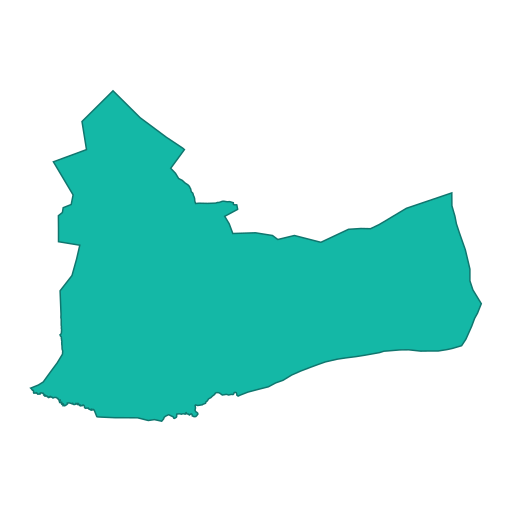 Ise/Orun, Ekiti, Nigeria, rotated 270°
{"feature_id": "59680162B94034829608504", "entity_name": "Ise/Orun", "entity_type": "district", "adm_level": 2, "iso_a3": "NGA", "parent_name": "Nigeria", "parent_adm1": "Ekiti", "projection": "robinson", "projection_center": [5.354, 7.425], "detail": "fine", "context": "isolated", "style": "filled", "palette": "teal", "viewbox_px": 512, "rotation_deg": 270, "n_neighbors": 0, "source": "geoboundaries", "source_scale": "gbopen_adm2", "svg_char_len": 4910}
<svg xmlns="http://www.w3.org/2000/svg" viewBox="0 0 512 512"><g transform="rotate(270 256 256)"><path d="M208.3,481.3L222.1,472.9L231.2,469.9L239.0,469.9L242.9,469.9L249.3,468.4L262.3,465.3L274.8,460.9L279.1,459.4L288.2,456.4L295.9,454.9L300.3,453.6L306.3,451.9L316.7,451.8L319.1,451.8L303.7,406.4L287.4,379.1L283.3,370.5L283.5,360.9L282.7,348.5L269.7,320.9L276.5,294.4L272.5,277.8L276.5,272.5L279.2,255.5L278.5,232.8L288.2,229.2L295.7,224.7L302.4,237.2L302.6,237.6L303.2,237.6L304.9,237.2L305.6,237.1L306.6,236.9L307.2,236.7L307.1,236.1L307.2,235.4L307.2,234.3L307.5,233.5L309.3,233.3L309.7,231.9L310.1,230.7L310.4,229.4L310.2,227.4L310.8,223.8L310.7,222.2L310.0,220.4L309.5,218.9L309.6,218.1L309.5,217.4L308.9,215.7L308.6,207.6L308.8,199.0L308.5,195.6L309.0,195.5L310.7,194.8L313.5,194.6L315.4,194.0L316.8,193.3L317.8,193.2L319.1,192.6L320.1,191.4L321.4,191.0L323.0,190.7L324.4,189.9L325.6,189.4L327.2,187.9L328.9,185.2L331.6,182.3L333.5,178.6L338.7,175.5L343.7,170.7L362.4,184.4L363.8,182.8L374.7,166.4L394.3,140.1L421.2,113.0L390.5,82.0L362.4,86.5L350.2,53.4L317.1,73.1L307.5,71.2L304.3,63.2L299.5,62.4L296.3,58.4L283.7,58.5L270.3,58.5L266.8,79.8L253.0,76.6L236.5,72.0L221.2,60.1L197.7,61.0L194.3,60.9L192.8,61.2L186.8,61.2L185.2,61.5L183.9,61.3L182.6,61.6L179.1,61.4L177.1,60.5L177.1,60.1L176.7,60.2L176.1,60.4L175.5,61.0L175.2,61.3L174.2,61.4L173.7,61.3L172.9,61.6L172.1,61.5L171.0,61.8L170.2,61.9L169.3,61.7L168.5,61.8L167.5,61.8L166.3,62.0L163.0,62.1L161.0,62.7L160.4,62.7L159.8,62.6L157.9,62.5L156.7,61.8L154.4,60.4L150.3,57.9L149.1,57.2L147.1,55.7L143.6,53.1L140.9,51.1L136.5,47.9L130.0,43.2L127.0,38.4L124.0,31.0L123.9,30.7L123.2,31.4L122.2,32.1L121.7,32.5L121.6,33.3L120.8,33.5L119.9,33.7L119.3,33.8L119.3,33.7L118.8,33.9L118.9,34.5L119.1,35.5L118.8,36.0L119.3,36.5L118.8,37.1L117.9,37.6L117.9,39.4L118.5,39.8L118.1,40.3L118.4,40.6L119.2,40.8L119.2,41.6L118.8,42.4L118.8,43.1L117.9,43.4L117.6,44.1L117.2,44.8L116.6,45.1L116.4,44.3L115.8,45.0L115.9,45.7L116.2,46.3L116.1,46.8L115.8,46.8L115.4,47.1L115.1,48.3L114.6,48.2L114.4,48.6L114.8,49.6L115.2,49.2L115.5,49.8L115.6,50.5L115.5,50.8L114.8,51.2L114.8,51.9L114.5,52.7L114.1,52.7L114.0,53.1L114.3,53.7L114.6,54.7L114.5,56.3L113.7,57.3L113.5,58.0L112.8,58.1L112.4,58.6L111.6,59.1L112.1,60.1L111.7,60.3L111.1,59.8L110.4,59.4L110.0,60.0L109.5,59.8L109.4,60.6L109.2,60.9L109.7,61.6L109.2,61.7L108.8,61.8L108.3,61.5L107.7,61.8L107.8,62.2L108.4,62.5L108.2,63.2L107.8,63.4L107.3,63.7L107.0,63.3L106.7,63.0L106.4,62.9L106.4,63.5L106.6,63.7L106.5,64.0L106.2,64.1L106.2,64.8L106.5,65.3L107.2,66.5L108.1,67.5L108.9,67.3L109.0,67.9L109.1,69.2L108.5,71.3L108.3,71.8L108.1,72.1L108.2,72.4L108.6,72.4L108.7,72.7L108.4,72.9L107.8,73.1L107.6,73.4L107.5,74.0L107.5,74.7L107.7,75.4L108.0,75.5L108.3,75.7L108.6,75.8L108.6,76.2L108.4,76.5L108.1,76.3L107.9,76.8L108.3,77.0L108.3,77.6L108.1,77.9L107.7,77.7L107.4,77.8L107.4,78.2L107.8,78.4L108.2,78.4L107.9,78.7L107.4,78.8L107.3,79.2L106.8,79.4L106.9,79.9L107.0,80.3L106.8,80.4L106.6,80.0L106.4,80.0L106.2,80.1L106.1,80.5L106.5,80.9L106.4,81.8L106.2,82.0L106.5,82.3L106.9,82.7L107.0,83.3L106.3,84.1L105.5,84.4L105.0,84.5L104.6,84.5L104.1,84.9L103.7,85.6L103.9,86.3L103.8,87.4L103.9,88.4L103.2,88.8L102.8,89.0L102.4,90.2L102.7,91.2L102.1,90.9L101.8,91.1L102.0,91.9L102.1,93.0L102.5,93.4L102.0,94.1L100.4,94.8L95.4,96.8L95.1,97.8L95.0,99.2L94.8,103.4L94.3,114.8L94.3,121.2L94.2,137.6L91.5,148.3L92.4,154.4L90.8,161.7L92.0,162.7L93.2,163.7L94.4,164.0L95.1,164.6L96.1,166.1L96.8,167.6L97.3,168.8L96.3,170.7L95.2,173.1L94.2,173.6L93.8,173.8L93.6,174.4L93.9,175.0L94.2,175.5L94.8,176.4L95.7,176.7L96.3,176.7L96.6,176.7L96.8,176.6L97.9,176.8L98.0,177.5L98.1,178.4L98.2,179.4L98.0,180.8L97.8,181.3L98.2,182.7L98.2,184.1L97.8,185.1L98.1,185.6L98.9,185.6L99.3,186.2L98.1,187.0L97.8,188.6L97.0,189.3L97.5,190.1L98.2,191.1L97.6,192.0L96.0,192.3L95.8,193.2L95.3,194.0L95.4,195.1L95.4,195.7L96.1,196.5L97.9,197.9L98.8,197.7L99.5,197.0L100.3,195.8L101.8,195.0L104.0,195.5L106.6,195.1L107.1,195.7L106.5,197.5L106.7,199.1L107.0,200.9L107.2,202.3L107.7,202.9L108.7,205.5L110.0,205.9L111.2,207.4L113.1,208.5L114.4,210.9L115.9,212.4L116.8,213.6L117.6,214.7L118.5,215.0L119.3,216.1L119.4,217.5L119.3,218.7L118.7,220.0L117.7,221.3L117.0,222.3L117.2,223.5L117.4,225.0L117.7,226.2L117.4,227.4L117.0,228.7L117.4,230.3L117.6,231.2L117.5,232.2L117.5,233.1L118.1,233.7L119.4,234.2L119.7,235.1L119.3,236.3L117.8,236.8L117.0,236.8L116.7,237.0L116.4,237.8L115.9,238.1L116.9,240.2L119.9,247.9L122.6,258.1L125.2,268.4L129.1,275.7L131.7,283.0L137.0,291.7L140.9,300.5L144.8,310.7L147.5,318.0L150.1,325.4L152.8,337.1L154.1,345.8L155.4,356.1L156.8,364.9L159.4,379.5L160.8,383.9L161.1,388.0L162.1,400.0L162.2,408.8L160.9,420.6L161.0,427.9L161.0,438.1L162.4,446.9L162.8,448.9L163.4,451.6L163.7,452.8L166.3,461.6L172.8,465.9L179.3,468.8L185.8,471.7L193.6,474.6L198.8,477.5L201.1,478.4L208.3,481.3Z" fill="#14b8a6" stroke="#0f766e" stroke-width="1.5"/></g></svg>